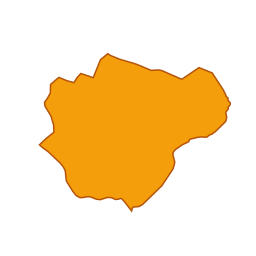 SVG path tracing the border of Ouaddaï, rotated 112°
{"feature_id": "TCD-1475", "entity_name": "Ouaddaï", "entity_type": "Prefecture", "adm_level": 1, "iso_a3": "TCD", "parent_name": "Chad", "parent_adm1": "", "projection": "equal_earth", "projection_center": [21.069, 13.569], "detail": "fine", "context": "isolated", "style": "filled", "palette": "amber", "viewbox_px": 256, "rotation_deg": 112, "n_neighbors": 0, "source": "natural_earth", "source_scale": "10m", "svg_char_len": 1721}
<svg xmlns="http://www.w3.org/2000/svg" viewBox="0 0 256 256"><g transform="rotate(112 128 128)"><path d="M203.6,93.6L197.7,103.5L196.0,107.3L195.9,108.2L197.6,110.3L198.7,112.2L199.0,113.6L198.8,115.2L198.8,117.3L200.1,121.1L204.8,126.8L205.9,130.6L205.9,136.2L206.2,138.1L207.2,140.4L209.8,144.5L210.6,146.8L210.0,150.8L207.5,155.3L200.8,164.6L199.6,165.7L191.8,169.8L190.5,170.8L188.0,173.9L185.9,177.8L180.0,192.8L178.1,200.1L177.0,203.1L176.8,203.8L168.6,200.1L159.7,195.1L153.0,198.1L145.6,204.1L138.9,213.1L135.2,215.1L132.2,214.1L124.8,213.1L116.6,216.1L107.0,211.1L107.0,202.1L106.2,195.1L100.3,194.1L95.1,192.1L94.4,179.1L83.2,179.1L75.0,179.1L66.6,174.5L67.1,173.1L67.3,172.0L67.4,161.7L65.7,144.2L65.9,128.5L65.7,127.6L63.1,122.3L62.5,120.4L62.1,118.1L62.7,96.9L62.4,96.3L61.7,95.7L45.4,84.8L45.4,70.6L56.9,54.0L60.9,49.6L62.1,48.7L62.4,47.3L62.7,46.7L62.9,46.4L64.7,45.7L65.1,45.3L65.3,44.9L65.8,43.7L66.3,42.8L66.8,42.4L67.3,42.2L68.6,42.1L69.1,42.2L69.9,42.4L70.3,42.6L70.7,42.8L71.0,43.0L71.4,43.0L71.7,42.8L72.4,42.4L72.7,42.2L73.1,42.2L75.6,43.0L76.5,43.1L77.0,43.1L77.4,43.0L80.8,40.7L81.1,40.5L81.4,40.4L84.7,39.9L85.4,40.0L85.9,40.1L98.8,45.7L99.1,45.9L99.7,46.5L100.0,46.8L101.6,47.4L102.0,47.6L102.3,47.9L103.4,49.2L104.0,49.8L104.6,50.2L106.6,51.2L106.9,51.5L107.1,51.9L107.3,52.3L108.9,56.9L110.6,60.0L114.9,65.9L115.2,66.2L115.7,66.5L116.3,66.7L117.2,66.5L117.6,66.6L118.0,66.6L123.1,71.3L130.1,75.9L132.6,76.8L134.0,76.9L134.8,76.7L136.2,76.1L136.9,75.7L138.2,74.7L138.8,74.2L142.1,71.9L144.2,71.4L148.5,71.0L149.5,71.0L168.9,75.0L193.6,85.9L196.6,88.4L197.0,88.9L198.8,92.5L199.5,93.6L200.5,93.9L201.6,93.9L203.6,93.6L203.6,93.6Z" fill="#f59e0b" stroke="#b45309" stroke-width="1.5"/></g></svg>